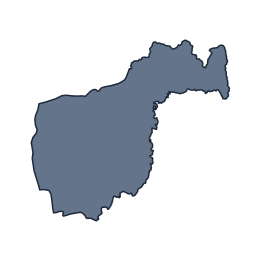 Kabang, Yala, Thailand (orthographic projection), rotated 190°
{"feature_id": "78962969B19846711934015", "entity_name": "Kabang", "entity_type": "district", "adm_level": 2, "iso_a3": "THA", "parent_name": "Thailand", "parent_adm1": "Yala", "projection": "orthographic", "projection_center": [100.929, 6.36], "detail": "fine", "context": "isolated", "style": "filled", "palette": "slate", "viewbox_px": 256, "rotation_deg": 190, "n_neighbors": 0, "source": "geoboundaries", "source_scale": "gbopen_adm2", "svg_char_len": 5796}
<svg xmlns="http://www.w3.org/2000/svg" viewBox="0 0 256 256"><g transform="rotate(190 128 128)"><path d="M186.6,31.6L185.9,31.7L183.4,32.5L181.5,33.7L180.6,34.0L178.1,34.5L176.9,34.0L177.1,31.0L176.6,30.2L176.1,30.1L172.9,31.6L170.4,33.0L165.1,35.0L161.2,36.4L159.6,36.7L158.0,36.2L155.1,34.3L154.6,33.7L153.9,32.5L153.3,32.1L152.4,31.9L150.4,32.3L150.0,32.7L149.0,32.7L147.9,32.5L147.5,32.1L145.6,31.8L144.9,31.4L144.0,31.5L143.4,31.2L142.8,31.2L142.5,31.5L142.1,32.4L141.6,32.9L141.2,33.0L141.3,33.9L142.3,34.5L141.7,36.4L139.0,39.0L139.1,40.6L139.6,40.8L140.0,41.8L140.0,43.1L140.2,44.2L139.8,45.2L139.5,45.5L137.5,45.9L136.5,46.4L135.0,45.9L134.5,45.5L133.9,44.5L133.5,44.6L132.9,45.1L132.2,47.1L131.5,48.3L131.3,49.8L130.8,50.6L130.8,51.3L131.1,52.0L130.5,53.0L130.7,54.4L130.7,56.1L130.3,57.1L130.2,58.3L129.8,58.5L129.2,58.5L128.1,58.1L126.7,57.9L125.9,58.2L125.2,58.9L124.9,58.1L124.6,57.9L124.3,57.9L123.9,58.7L123.9,59.3L124.2,61.3L124.6,62.1L124.6,62.6L123.8,63.0L122.9,64.0L121.5,64.8L118.1,63.9L116.4,63.2L114.8,63.4L114.3,64.1L113.3,64.3L112.7,63.2L112.0,62.6L111.9,62.1L111.5,61.9L110.4,62.3L109.3,63.2L107.9,66.3L107.6,67.1L107.6,68.9L107.3,69.7L105.7,71.2L104.5,72.0L102.8,76.1L101.4,76.7L101.1,77.0L101.0,77.7L101.4,78.5L101.2,79.9L101.0,80.4L100.2,81.1L99.4,83.2L99.3,84.8L99.5,85.3L99.6,87.1L99.3,87.7L99.2,88.4L99.5,88.9L99.5,89.6L99.2,89.8L98.4,90.2L98.1,90.7L98.2,93.2L98.7,94.0L98.8,95.3L99.3,96.3L99.7,96.7L99.4,96.8L99.0,96.3L98.4,96.4L97.5,97.4L97.4,98.0L97.9,99.6L98.4,100.1L98.3,101.8L98.4,102.5L99.3,103.1L100.7,103.3L101.3,103.8L101.4,104.2L101.4,104.5L101.1,104.9L99.8,105.4L99.6,105.7L99.4,106.9L99.5,108.7L99.1,109.9L99.3,110.3L99.5,110.4L100.4,110.0L101.0,109.9L101.6,110.6L101.5,111.5L101.1,112.5L100.7,113.0L100.5,113.6L101.1,116.3L102.3,117.7L104.0,118.2L104.4,118.5L104.7,119.1L104.7,119.5L103.8,119.3L103.4,119.4L103.3,119.6L103.6,120.1L104.4,120.7L105.0,121.7L105.3,122.4L105.2,123.1L104.4,124.1L104.4,125.6L103.8,126.9L103.6,127.9L104.0,130.5L104.4,131.5L104.3,132.1L103.8,132.2L100.7,131.6L99.9,131.6L99.6,131.9L99.9,134.4L100.6,134.8L101.6,135.9L101.2,136.3L100.1,136.3L99.8,136.6L99.6,139.5L100.3,140.9L101.3,142.1L101.3,142.9L102.0,142.9L102.4,142.2L102.9,142.1L104.2,142.3L104.5,142.9L104.6,143.4L104.5,144.0L103.6,145.3L103.5,145.7L104.5,147.4L104.8,148.5L106.2,149.0L106.4,149.7L106.3,150.0L104.1,151.0L103.6,151.6L104.8,152.2L105.6,151.7L106.5,151.9L106.6,152.3L106.5,152.8L106.5,154.0L106.4,154.3L106.1,154.3L104.1,153.4L103.2,153.1L102.8,153.7L102.9,154.6L103.1,155.3L104.3,156.7L104.8,156.8L106.6,156.4L107.1,157.5L105.8,158.2L104.7,159.2L102.5,159.3L102.1,158.8L102.4,158.0L102.0,157.7L100.8,158.6L100.0,158.3L99.3,158.3L98.6,159.2L97.4,159.9L97.0,160.7L96.4,161.2L96.3,162.3L95.8,163.4L95.8,165.1L95.2,165.4L94.2,164.9L93.8,165.1L94.4,166.3L93.9,167.0L93.9,167.3L94.8,167.7L94.9,168.7L94.5,169.1L93.8,168.7L92.7,168.9L92.5,169.3L92.6,169.7L93.8,170.6L93.7,171.0L91.3,171.1L90.6,170.9L89.7,171.3L87.0,171.0L85.0,171.1L82.6,170.8L81.3,171.6L79.9,172.1L77.1,174.1L76.9,174.6L76.6,176.1L75.8,176.9L75.0,177.0L74.0,176.5L72.1,176.3L70.0,176.8L68.8,177.7L68.5,177.5L68.1,176.6L67.8,176.4L65.7,177.5L64.2,177.7L62.0,178.5L61.5,178.3L61.0,177.7L60.4,177.5L59.3,177.7L58.9,177.6L58.4,177.1L58.2,176.0L57.7,175.6L57.2,175.8L56.2,176.9L55.8,178.3L55.5,178.7L55.0,178.7L54.3,178.1L53.9,178.0L52.8,178.5L51.5,178.7L50.7,179.7L50.2,180.0L48.7,180.3L47.8,179.8L47.5,180.7L46.7,181.1L46.0,181.2L45.1,180.7L43.8,179.1L42.3,177.6L41.7,176.2L40.5,175.1L39.5,173.3L39.1,173.5L37.1,173.5L36.1,174.1L35.8,175.2L34.9,176.4L34.8,177.0L35.0,178.7L35.9,179.5L35.7,180.5L35.2,181.2L34.8,182.2L34.9,182.8L35.3,183.4L35.0,184.4L35.7,185.6L37.5,187.2L37.5,187.9L37.2,188.6L37.3,189.1L37.8,189.7L37.9,191.2L39.1,193.6L39.2,195.2L39.4,195.5L40.1,196.0L40.5,196.8L40.9,200.1L41.5,200.7L42.5,202.5L41.9,203.6L42.0,203.9L42.7,204.3L43.2,206.1L43.1,206.7L42.2,207.5L42.0,207.9L42.1,209.3L41.6,210.1L41.9,212.0L42.9,212.8L43.4,215.6L44.1,216.9L45.6,221.6L46.4,222.7L47.0,224.2L48.3,225.5L50.1,225.9L51.9,225.2L53.4,223.6L54.0,222.6L58.6,221.2L61.0,219.6L61.3,218.4L59.2,217.2L58.4,216.3L60.2,211.6L60.5,210.2L60.9,210.0L61.2,209.5L60.9,208.5L61.2,207.6L60.9,207.0L61.0,205.9L60.8,205.1L60.8,204.5L61.8,203.5L61.8,201.5L62.5,200.8L62.8,200.7L63.1,200.7L63.9,201.5L64.8,201.6L65.4,202.2L65.6,203.1L65.6,204.7L65.8,205.2L66.9,206.7L68.6,207.2L69.2,208.0L69.8,208.4L71.9,208.0L72.4,208.1L72.8,208.9L72.9,210.6L73.7,211.7L75.9,211.7L77.7,211.9L78.5,213.1L78.3,214.5L78.6,217.2L78.5,218.9L78.7,220.1L80.3,220.3L81.6,221.7L81.9,222.8L83.5,223.7L84.7,223.7L85.9,224.4L87.4,224.2L89.1,222.8L89.8,221.8L89.7,220.2L90.8,218.6L92.6,218.6L93.2,217.5L93.7,216.0L96.4,213.9L97.6,213.5L99.3,214.4L101.3,216.0L102.7,215.7L105.7,215.9L107.6,216.8L108.8,216.4L110.6,216.9L112.2,217.1L113.9,216.4L115.9,217.5L117.6,217.0L118.4,215.3L118.5,213.3L119.1,211.7L120.3,209.9L120.2,209.4L119.0,206.5L119.0,206.1L119.7,205.2L119.8,204.6L119.7,201.8L120.7,201.0L121.7,200.7L124.2,200.6L125.9,200.0L126.5,199.3L126.6,198.2L127.0,197.5L128.8,197.5L129.1,196.5L129.8,195.9L133.5,195.0L134.2,194.3L134.9,193.3L135.5,193.0L135.9,191.6L135.7,190.3L136.1,189.9L136.1,189.6L136.0,189.3L135.0,188.2L134.9,187.4L135.3,186.6L136.1,186.8L136.4,186.7L136.7,186.6L137.1,186.0L137.2,184.6L138.6,177.6L139.6,174.9L141.6,172.9L145.0,170.2L152.2,166.7L158.1,164.5L161.3,162.7L163.4,159.1L164.4,159.0L166.5,160.3L168.9,159.7L171.2,157.8L175.3,151.9L178.8,151.6L184.7,150.4L190.2,149.8L194.1,149.6L198.6,148.4L204.4,144.2L214.1,139.0L219.8,136.4L219.9,130.6L221.2,124.2L221.2,120.1L219.6,114.7L217.3,110.7L217.3,107.3L220.0,102.2L220.7,96.8L217.3,87.3L217.0,81.3L213.0,69.4L205.5,54.8L204.2,51.8L199.8,52.8L195.1,52.8L192.5,49.7L190.5,44.0L188.8,37.9L186.6,31.6Z" fill="#64748b" stroke="#1e293b" stroke-width="1.5"/></g></svg>